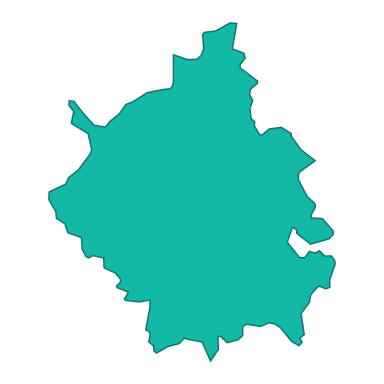 the border of Cambridgeshire
{"feature_id": "GBR-2053", "entity_name": "Cambridgeshire", "entity_type": "Administrative County", "adm_level": 1, "iso_a3": "GBR", "parent_name": "United Kingdom", "parent_adm1": "", "projection": "mercator", "projection_center": [0.071, 52.364], "detail": "fine", "context": "isolated", "style": "filled", "palette": "teal", "viewbox_px": 384, "rotation_deg": 0, "n_neighbors": 0, "source": "natural_earth", "source_scale": "10m", "svg_char_len": 1834}
<svg xmlns="http://www.w3.org/2000/svg" viewBox="0 0 384 384"><path d="M156.3,353.1L154.0,351.0L153.6,345.9L148.8,341.9L150.1,334.9L149.3,331.6L145.8,329.8L150.2,305.8L149.8,300.1L139.0,301.9L125.6,300.4L124.4,299.2L128.4,292.2L117.0,287.5L116.4,286.1L120.7,281.8L120.2,278.7L115.2,272.9L104.1,267.9L103.7,257.9L92.8,255.6L88.7,257.9L86.0,256.5L82.3,249.6L81.5,237.6L67.9,232.8L64.9,223.7L56.5,218.4L55.8,211.5L48.9,199.8L49.2,191.9L65.9,184.0L68.6,177.7L78.2,170.1L90.5,153.6L91.7,149.8L88.1,133.6L71.3,123.4L73.8,111.4L69.0,105.4L69.2,100.9L73.9,101.3L78.6,107.5L85.7,116.1L94.3,125.4L105.6,127.0L109.9,121.5L119.4,113.7L126.0,104.4L132.2,102.1L147.3,92.7L162.5,89.6L169.6,88.8L171.9,87.3L173.4,82.6L173.4,73.2L173.4,54.8L187.5,59.6L196.7,59.4L201.2,55.4L203.8,48.8L202.6,34.7L204.7,32.3L215.3,31.1L230.1,23.0L236.7,23.5L232.3,49.0L243.9,53.2L245.1,58.2L240.1,64.6L240.2,67.9L257.7,81.3L257.3,83.4L250.3,89.3L249.6,94.9L252.7,100.4L249.8,108.6L251.2,118.8L254.8,121.8L254.3,125.7L259.7,134.8L262.3,134.9L269.1,129.0L281.3,127.4L291.0,133.4L291.5,136.6L301.1,149.9L315.2,160.7L299.6,172.0L298.3,174.9L298.7,180.4L307.2,196.5L315.0,203.8L315.3,207.3L311.4,214.5L311.4,218.0L322.4,218.6L333.2,231.1L333.2,234.3L328.9,238.9L310.4,244.1L296.8,233.3L296.5,229.8L292.4,227.2L287.3,242.2L299.5,257.5L304.7,257.8L309.4,251.4L315.5,253.2L319.4,250.7L324.8,256.1L331.6,256.0L334.8,260.8L335.1,264.2L329.7,279.8L329.8,287.4L325.7,288.8L319.3,286.0L316.8,287.8L310.7,294.8L309.5,302.1L301.1,313.6L304.2,334.6L299.7,338.1L302.1,342.3L299.1,345.6L291.8,341.6L280.4,327.7L275.1,324.1L269.3,322.7L260.5,326.4L246.5,324.2L242.8,326.7L242.7,335.7L238.0,339.8L227.2,342.7L220.5,336.2L217.9,336.6L218.4,349.4L210.5,361.0L202.2,342.0L187.5,339.2L184.2,338.1L179.1,343.6L168.3,346.4L156.3,353.1Z" fill="#14b8a6" stroke="#0f766e" stroke-width="1.5"/></svg>